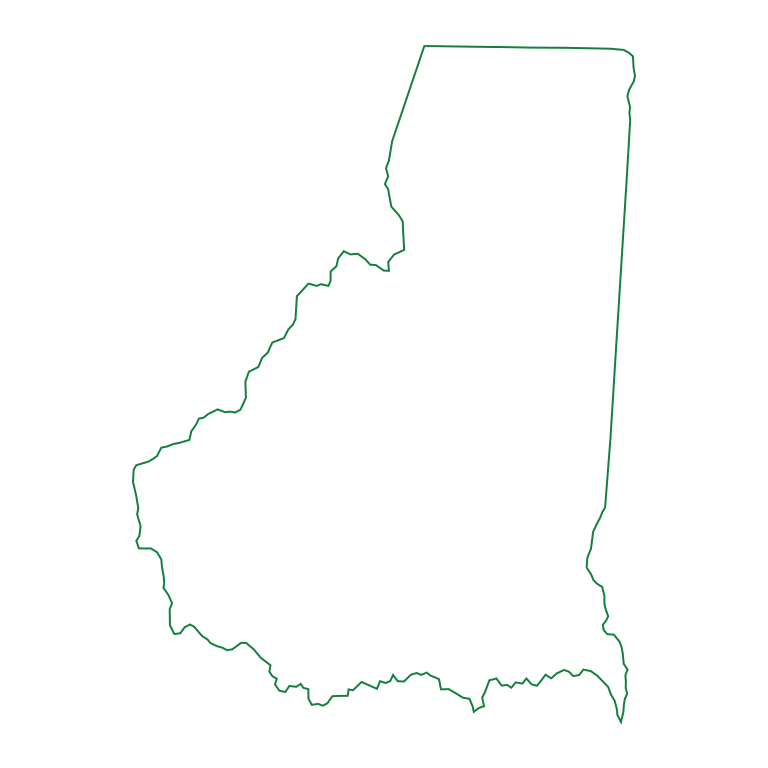 Santa Filomena, Pernambuco, Brazil
{"feature_id": "56859067B7026761946048", "entity_name": "Santa Filomena", "entity_type": "district", "adm_level": 2, "iso_a3": "BRA", "parent_name": "Brazil", "parent_adm1": "Pernambuco", "projection": "equal_earth", "projection_center": [-40.595, -8.21], "detail": "fine", "context": "isolated", "style": "outline", "palette": "green", "viewbox_px": 768, "rotation_deg": 0, "n_neighbors": 0, "source": "geoboundaries", "source_scale": "gbopen_adm2", "svg_char_len": 2930}
<svg xmlns="http://www.w3.org/2000/svg" viewBox="0 0 768 768"><path d="M138.9,548.4L151.0,548.5L157.1,552.3L161.3,559.4L162.0,567.4L163.7,576.4L164.2,582.9L163.5,588.0L168.3,594.8L172.1,603.3L169.7,609.0L169.9,625.2L174.3,634.0L180.3,633.3L184.8,627.1L190.1,624.5L194.4,626.9L198.5,631.9L202.4,636.3L207.3,639.3L210.6,643.1L216.8,646.1L222.7,647.8L227.0,650.2L232.3,649.3L241.0,642.9L246.1,642.9L253.7,649.3L260.8,657.8L270.5,665.3L269.4,671.7L272.4,676.2L276.8,678.8L275.0,684.5L279.4,690.7L285.3,692.0L289.4,686.0L296.4,686.8L300.7,683.9L303.5,687.9L308.3,689.1L308.5,698.8L311.8,704.8L318.2,703.9L322.7,705.7L327.4,703.3L332.3,696.2L339.6,695.9L347.7,695.8L348.6,689.4L353.0,690.3L361.5,682.0L367.8,684.7L376.9,688.8L380.1,681.2L385.6,683.0L390.2,681.1L393.1,675.0L397.7,681.2L404.0,681.5L410.9,674.7L416.7,673.0L421.1,674.9L426.7,672.6L430.3,675.5L434.8,677.3L439.0,679.2L441.0,689.4L448.7,689.1L457.2,694.1L462.9,697.7L469.5,698.8L472.6,706.3L473.8,711.8L478.9,708.0L484.0,706.2L482.2,697.4L484.8,692.6L489.4,680.3L496.4,678.5L501.7,685.6L507.2,684.9L511.3,687.7L515.7,682.4L522.5,683.5L526.4,678.5L531.5,684.3L536.9,685.8L541.2,680.6L545.5,674.7L551.2,678.3L557.1,673.2L564.1,670.0L568.9,671.7L573.3,676.1L579.2,675.0L583.4,669.6L590.8,671.1L597.1,675.5L602.9,681.5L608.1,686.8L611.0,694.7L614.7,700.9L616.9,709.4L617.4,715.0L621.0,721.9L623.3,712.2L623.9,705.0L624.8,698.9L627.2,693.8L625.7,688.0L625.9,681.7L625.4,675.3L627.6,669.6L623.7,663.8L622.8,653.7L621.5,647.0L619.5,641.6L613.8,634.6L607.3,634.2L603.7,630.1L602.9,624.6L605.9,621.0L608.2,616.3L605.9,609.8L604.4,604.1L604.4,595.9L602.2,587.0L597.2,583.8L593.5,580.2L591.1,574.4L586.7,567.6L587.4,557.6L591.0,548.7L592.1,540.1L593.1,532.0L596.5,524.6L600.1,517.8L602.6,511.6L605.1,507.5L610.4,439.0L617.4,326.7L626.8,177.4L630.2,120.1L629.4,113.0L630.1,107.1L627.4,96.2L629.1,89.8L633.9,81.1L635.0,75.9L633.6,67.9L632.9,56.3L629.1,52.9L623.6,49.9L610.2,48.7L566.0,47.8L530.4,47.6L498.9,47.0L492.5,47.0L431.3,46.1L424.3,46.1L417.8,65.5L415.2,73.0L401.6,113.3L392.2,141.0L388.9,160.6L386.0,168.3L388.2,176.4L384.9,184.1L388.1,189.2L391.3,206.6L395.1,210.9L398.6,214.8L402.7,221.3L403.1,231.4L404.2,249.9L394.0,254.6L388.2,262.0L388.9,270.8L383.8,270.6L375.8,265.0L370.2,264.7L365.4,259.3L357.8,253.8L350.2,254.4L343.8,251.2L338.1,258.5L336.5,266.1L330.6,271.5L330.6,280.8L328.4,285.9L321.1,284.2L316.6,285.9L308.5,283.6L296.9,296.2L295.5,319.0L293.0,324.6L288.4,329.3L283.9,338.1L272.3,342.5L267.7,352.7L262.1,357.9L258.3,367.0L248.9,371.7L245.4,381.7L245.9,397.7L243.0,404.3L240.3,409.8L235.1,412.5L229.9,411.6L225.2,412.2L217.6,409.4L208.4,413.9L203.4,417.8L198.9,418.6L196.1,424.5L191.3,431.3L189.4,439.9L179.3,442.9L173.3,444.0L167.2,446.5L161.3,447.6L157.1,455.9L153.6,458.5L148.7,461.5L136.3,465.2L133.7,469.7L133.0,481.8L136.3,496.2L138.3,508.3L137.1,514.3L140.6,526.1L139.4,535.8L136.3,540.8L138.9,548.4Z" fill="none" stroke="#15803d" stroke-width="2"/></svg>